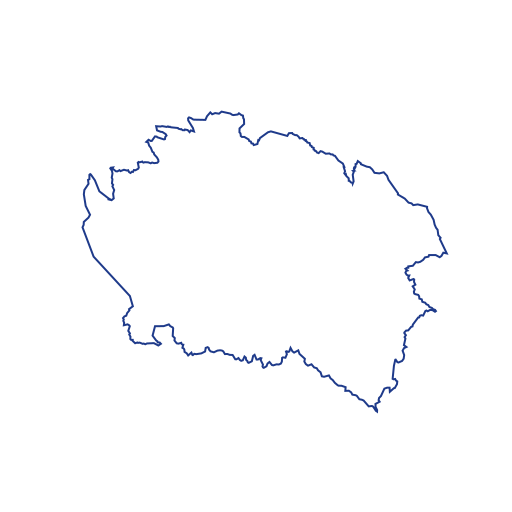 outline of Ullensaker nor, Akershus, Norway, rotated 297°
{"feature_id": "86288312B44440966574319", "entity_name": "Ullensaker nor", "entity_type": "district", "adm_level": 2, "iso_a3": "NOR", "parent_name": "Norway", "parent_adm1": "Akershus", "projection": "mercator", "projection_center": [11.196, 60.154], "detail": "fine", "context": "isolated", "style": "outline", "palette": "blue", "viewbox_px": 512, "rotation_deg": 297, "n_neighbors": 0, "source": "geoboundaries", "source_scale": "gbopen_adm2", "svg_char_len": 6131}
<svg xmlns="http://www.w3.org/2000/svg" viewBox="0 0 512 512"><g transform="rotate(297 256 256)"><path d="M172.3,434.5L173.7,433.9L175.8,431.1L178.4,429.6L182.3,432.3L183.2,430.7L185.4,430.1L187.9,430.9L196.1,430.6L198.2,432.6L199.3,434.8L195.8,436.9L200.9,438.9L201.3,439.6L205.8,439.8L208.4,438.8L208.6,437.2L209.6,435.8L208.6,434.6L208.6,433.5L220.9,428.7L226.8,427.2L227.1,427.5L225.6,430.2L225.8,431.3L228.8,433.8L231.5,434.2L235.0,433.0L238.2,429.6L241.1,429.7L243.2,431.3L243.7,428.3L250.3,426.6L251.2,425.2L253.5,425.5L254.6,423.2L255.2,422.9L257.7,423.6L258.8,425.4L263.3,426.4L264.3,427.4L266.1,426.9L274.8,428.4L275.4,429.3L277.1,429.1L278.3,430.2L278.8,432.0L283.9,431.9L284.8,432.6L284.7,434.1L287.0,435.6L287.9,437.8L287.6,440.8L288.6,441.3L289.3,440.0L289.0,437.9L289.6,436.3L289.3,433.6L290.5,431.8L290.3,429.7L291.2,428.0L290.7,425.0L292.6,423.4L292.2,420.9L294.2,419.6L295.0,418.2L294.3,415.2L294.4,414.0L295.8,412.9L298.3,412.6L300.1,409.4L302.8,411.0L304.6,408.6L306.9,407.6L307.0,406.8L304.0,404.0L305.5,401.6L308.2,401.4L307.5,400.2L307.8,398.5L309.0,396.7L310.9,396.6L311.8,397.5L312.5,395.0L314.2,396.0L314.7,397.0L315.9,396.4L318.5,400.2L323.1,401.2L323.8,403.3L325.4,405.0L328.5,406.7L331.5,407.2L333.7,410.0L335.4,409.8L338.4,415.7L338.3,420.2L340.2,421.2L344.0,421.4L344.9,424.8L354.6,412.1L356.0,412.2L357.3,409.0L361.8,405.9L362.9,403.6L365.1,400.9L368.9,397.8L372.2,393.0L373.5,389.7L376.2,386.7L377.5,386.1L375.4,376.7L372.7,373.0L373.5,370.7L372.8,367.7L374.7,362.5L375.2,354.5L376.3,354.1L384.0,339.5L386.9,336.4L388.6,331.8L385.6,328.4L383.9,323.8L385.9,320.3L386.8,317.1L385.9,314.1L385.4,307.9L386.2,307.3L386.8,303.6L383.7,303.8L383.1,303.0L380.9,304.1L379.5,303.2L378.8,303.4L379.2,304.2L376.7,304.2L376.6,304.8L375.9,303.9L375.6,304.9L372.3,305.3L366.8,309.1L364.4,309.3L364.9,308.9L364.7,307.0L365.4,305.2L365.1,304.5L367.3,303.3L368.3,300.1L369.7,298.9L369.1,298.6L369.8,297.1L371.9,296.9L375.0,293.8L375.4,294.3L377.8,291.4L378.5,286.0L381.1,280.9L380.8,279.4L381.3,278.2L380.5,276.6L380.7,274.9L378.8,271.7L379.1,267.6L378.7,265.9L376.1,265.1L375.9,263.2L376.7,262.1L376.5,260.5L377.2,259.8L377.1,258.9L378.6,258.3L378.4,256.3L379.3,255.5L379.1,254.1L381.0,252.5L380.4,250.2L381.1,249.3L381.0,248.1L381.9,247.8L381.4,246.3L382.0,245.5L381.8,244.7L382.2,243.8L380.6,241.5L381.6,239.9L382.2,237.4L381.5,236.1L381.4,233.3L382.0,232.4L380.4,229.6L377.2,229.4L373.8,212.7L371.7,210.5L362.9,206.0L360.4,206.2L360.3,205.4L356.4,206.4L353.8,203.6L354.8,202.3L354.3,200.8L355.6,199.5L355.4,197.7L356.5,196.6L356.8,191.6L355.7,189.4L356.0,188.0L358.2,186.5L358.7,185.1L362.2,183.4L368.2,185.5L372.4,183.2L372.9,182.2L375.2,180.6L374.9,179.1L375.4,176.0L373.8,175.5L371.3,171.9L371.0,170.7L371.3,168.5L369.0,159.8L366.0,158.4L364.8,154.7L362.4,152.6L363.2,150.1L358.3,148.9L354.3,149.1L349.5,139.2L349.1,138.1L349.4,135.6L349.1,133.4L347.8,133.0L346.0,134.1L341.4,141.7L338.8,144.2L338.3,140.9L336.2,140.6L337.2,137.9L336.4,135.2L335.6,135.2L334.8,133.6L335.1,131.7L334.7,131.4L334.2,129.1L334.6,128.3L332.3,122.4L331.8,120.7L332.0,120.5L331.3,119.4L331.5,118.7L330.5,117.9L329.1,113.4L328.0,112.1L326.3,108.1L323.0,110.8L323.4,114.7L324.0,116.3L323.6,120.2L322.7,121.6L321.0,121.1L318.8,121.8L318.1,121.1L317.0,114.2L317.3,113.3L316.7,111.7L311.2,110.9L310.7,110.0L310.8,107.5L307.9,106.5L308.2,108.4L305.8,110.7L304.7,113.1L301.8,116.4L301.7,117.9L300.3,119.2L298.9,122.9L297.4,125.2L295.9,126.2L294.3,125.8L292.5,123.1L292.1,121.0L290.8,120.1L290.5,117.4L289.0,114.1L288.2,113.5L288.1,112.3L288.5,111.8L286.5,109.6L286.5,108.7L285.5,108.3L281.6,111.4L280.2,111.4L277.6,109.6L277.2,108.2L275.0,108.2L274.8,107.2L273.0,106.5L273.1,104.9L274.4,103.1L273.6,102.4L272.9,99.2L270.1,96.7L270.5,95.4L268.5,94.1L267.9,92.8L268.8,88.3L270.0,88.4L268.7,86.5L267.9,86.4L266.5,89.0L264.3,90.7L260.3,91.9L259.3,93.2L255.3,94.7L254.5,96.4L252.9,96.4L250.4,99.7L246.6,100.4L242.7,103.1L240.2,102.0L240.3,100.3L239.8,100.4L239.5,98.9L240.3,98.8L242.5,87.1L250.3,78.1L253.6,71.9L253.7,71.1L252.7,70.7L248.8,72.7L247.5,71.8L244.3,74.0L236.9,73.1L232.8,74.6L223.3,81.5L217.4,89.4L214.1,89.3L208.2,87.1L205.5,88.3L202.8,88.4L181.7,111.6L163.1,161.8L155.3,169.1L151.0,167.0L150.1,167.9L146.7,167.1L143.9,167.5L142.5,166.2L140.3,165.7L139.4,167.0L138.0,167.2L136.7,168.8L134.3,169.7L136.8,172.6L136.7,174.3L136.2,175.4L131.3,176.2L129.8,178.8L128.5,178.7L127.2,180.7L125.0,181.7L124.6,182.8L125.3,184.2L124.4,184.6L123.4,187.9L125.1,189.6L125.0,190.3L126.0,191.6L126.3,194.9L127.0,195.7L127.1,197.4L128.6,198.6L132.0,204.6L131.9,209.6L134.6,211.1L135.2,209.5L134.4,207.6L135.2,206.9L135.4,205.4L138.1,200.0L147.6,197.9L151.6,205.6L155.5,209.4L154.6,211.4L154.5,214.3L154.0,215.0L146.9,218.1L146.0,220.9L143.7,221.7L142.2,225.0L142.7,226.7L144.7,228.8L143.9,229.6L143.6,230.7L143.9,231.5L140.8,232.1L140.7,233.7L140.1,234.6L138.1,235.9L137.9,238.4L136.6,240.7L140.6,242.3L139.0,244.1L139.0,244.7L140.8,245.4L141.4,247.3L144.4,251.5L147.8,254.0L151.3,252.9L152.8,254.3L152.6,255.6L151.3,256.7L150.4,258.8L151.1,262.2L154.2,264.6L155.7,266.8L156.3,268.6L156.2,270.1L154.5,272.8L155.7,275.0L156.0,277.5L157.2,280.1L154.6,284.4L155.0,285.4L157.1,286.7L156.0,288.9L155.9,290.4L157.1,291.6L161.2,291.4L160.8,293.1L159.0,294.3L158.5,296.0L157.5,297.0L157.5,298.0L160.3,300.1L165.7,298.8L167.3,299.6L164.0,303.5L164.6,304.7L167.0,306.2L167.3,307.2L165.4,307.4L162.4,311.5L160.6,311.9L159.9,312.9L159.9,313.7L162.5,315.4L165.4,315.1L167.7,316.1L166.1,319.7L166.4,321.0L168.8,323.5L169.7,325.6L171.4,327.0L173.6,327.0L177.1,325.5L177.9,326.0L178.7,328.4L182.5,328.1L184.5,326.1L185.1,326.6L185.2,328.3L186.0,329.0L189.8,328.5L187.6,331.7L187.2,333.8L191.1,336.5L188.5,339.2L186.6,346.2L183.9,347.0L182.3,349.5L181.9,352.1L184.7,354.6L183.1,358.4L183.6,361.1L182.3,363.2L181.7,366.3L178.7,369.3L179.3,371.5L182.7,375.2L180.8,378.0L180.3,380.7L178.8,383.8L178.0,387.2L177.9,388.3L179.2,391.1L179.8,395.4L176.4,396.8L178.1,399.9L177.7,402.7L176.2,404.8L177.2,408.0L177.2,409.3L175.3,413.1L176.0,415.6L176.1,417.5L173.2,424.7L175.0,427.4L175.0,428.7L172.5,433.1L172.3,434.5Z" fill="none" stroke="#1e3a8a" stroke-width="2"/></g></svg>